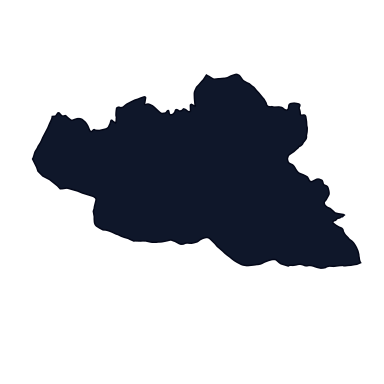 Gheleb, Anseba, Eritrea (Natural Earth projection), rotated 346°
{"feature_id": "51966322B69087636550034", "entity_name": "Gheleb", "entity_type": "district", "adm_level": 2, "iso_a3": "ERI", "parent_name": "Eritrea", "parent_adm1": "Anseba", "projection": "natural_earth1", "projection_center": [38.736, 15.796], "detail": "fine", "context": "isolated", "style": "filled", "palette": "ink", "viewbox_px": 384, "rotation_deg": 346, "n_neighbors": 0, "source": "geoboundaries", "source_scale": "gbopen_adm2", "svg_char_len": 6011}
<svg xmlns="http://www.w3.org/2000/svg" viewBox="0 0 384 384"><g transform="rotate(346 192 192)"><path d="M338.5,301.4L338.3,300.8L338.1,299.6L338.1,298.7L338.1,297.9L338.3,296.3L338.4,294.7L338.7,292.8L338.7,289.4L338.1,285.7L337.4,283.1L336.5,280.6L335.8,279.3L335.2,278.3L333.5,276.3L332.9,275.4L332.4,274.2L330.5,271.0L329.9,269.5L329.3,267.2L329.3,264.8L328.5,263.3L325.9,261.4L323.3,258.8L322.2,257.3L321.7,256.9L321.3,256.0L321.3,255.5L321.5,255.0L322.0,254.5L322.7,254.2L323.4,254.3L324.2,254.2L324.6,254.1L326.8,252.7L328.3,252.9L329.4,252.8L331.0,252.2L331.9,252.4L332.3,252.3L333.2,251.6L334.2,251.2L333.8,250.7L333.3,250.4L328.6,248.4L325.9,247.0L325.2,246.1L324.7,245.2L322.4,241.9L321.8,241.2L320.0,239.9L319.1,239.0L318.1,237.5L317.6,236.3L317.6,235.3L317.6,234.5L318.1,233.5L320.2,232.0L323.7,228.2L324.5,227.1L324.9,225.3L325.0,223.5L325.0,221.1L324.7,219.6L324.0,218.7L321.9,217.1L321.6,216.7L321.3,216.0L321.3,213.9L321.1,212.5L320.7,211.9L318.4,210.3L317.3,209.9L316.0,209.8L311.1,210.9L310.2,210.9L309.0,210.0L308.6,209.3L308.0,206.7L307.6,205.4L306.2,204.0L304.2,202.3L300.7,199.8L299.8,198.8L298.9,197.1L298.2,195.2L297.7,193.3L297.1,191.6L296.3,190.2L295.4,189.3L294.9,189.0L293.3,187.6L293.0,187.1L292.6,186.2L292.5,185.3L292.5,183.7L292.7,182.5L294.0,180.4L294.7,179.7L295.2,179.4L297.5,178.5L300.6,177.4L304.1,175.5L305.1,175.1L306.0,174.5L307.0,173.5L307.4,173.7L308.0,173.6L308.7,173.4L309.9,172.8L310.8,172.2L312.1,170.7L313.3,169.9L315.2,168.3L315.8,167.6L316.1,166.9L316.4,166.4L316.6,165.0L318.1,161.7L318.8,159.5L319.3,157.7L319.4,155.1L320.1,151.6L320.6,146.6L320.5,145.7L320.2,145.0L319.9,144.7L319.2,144.3L317.9,144.2L316.8,144.0L316.1,143.6L315.9,143.0L316.3,140.0L316.3,138.2L316.1,137.0L316.7,135.4L317.5,134.5L317.7,133.6L317.6,133.1L316.9,132.4L316.5,132.2L315.1,131.5L313.4,130.8L312.6,130.5L310.3,130.2L308.9,130.1L308.2,130.3L307.6,130.6L307.0,131.3L305.9,134.0L305.3,134.9L304.6,135.3L304.0,135.5L303.6,135.5L303.1,135.3L301.9,134.5L301.3,133.8L300.2,132.3L299.2,131.5L296.9,130.5L292.3,129.6L291.0,129.0L290.1,128.5L288.8,128.4L287.2,127.8L286.5,127.4L286.1,126.9L285.6,126.1L285.5,125.6L285.4,123.4L284.3,119.4L283.3,117.5L280.7,112.0L279.0,109.0L278.2,107.2L277.3,105.4L275.8,103.7L273.7,100.8L271.6,99.2L269.2,96.9L268.5,96.0L268.2,95.5L266.6,91.4L266.0,90.3L264.6,89.1L263.9,88.7L263.2,88.5L261.7,88.5L257.9,88.8L254.0,89.7L251.3,89.6L249.8,89.3L246.4,88.8L244.9,88.5L241.1,88.0L240.4,87.8L239.4,87.0L237.7,85.3L236.5,84.0L235.3,83.0L234.3,82.0L230.1,85.9L228.2,87.1L224.7,89.6L221.8,91.4L219.4,94.4L218.6,95.6L218.1,96.9L217.8,98.1L217.0,101.8L216.6,104.2L216.1,107.8L216.1,109.1L215.8,109.5L215.2,109.3L214.2,108.2L212.6,106.8L212.0,106.9L211.5,107.2L211.3,107.8L210.3,112.5L210.2,113.0L209.8,113.3L209.2,113.5L207.6,113.0L205.8,110.6L204.7,109.7L204.2,109.6L203.8,109.3L202.5,110.2L201.6,110.5L199.9,110.6L199.2,110.3L198.0,109.0L197.3,108.5L196.9,108.3L196.3,108.3L195.7,108.7L194.7,110.3L193.2,111.5L191.7,112.1L190.0,112.0L189.5,111.8L189.2,111.3L188.9,110.5L189.0,107.6L188.7,107.2L188.2,107.2L187.5,107.5L186.6,108.3L185.6,108.9L184.4,108.9L182.0,108.6L181.5,108.4L180.6,107.7L180.1,107.1L178.5,104.7L176.2,101.1L175.5,100.1L174.5,98.8L172.2,96.9L170.9,96.1L170.1,95.9L167.9,95.9L167.6,95.9L167.3,95.6L167.2,95.1L167.3,94.7L168.0,93.5L169.8,89.3L169.7,88.7L169.2,88.3L168.7,88.1L164.8,88.4L162.3,88.8L158.7,89.0L154.9,89.8L152.8,90.3L150.2,90.9L148.5,91.6L146.1,92.8L145.1,93.1L143.4,93.0L142.9,92.8L141.8,92.1L140.9,91.9L139.7,92.1L139.1,92.5L138.2,94.7L137.7,96.1L137.3,97.4L136.8,99.2L136.7,101.4L136.2,102.7L135.9,104.0L135.0,106.0L134.5,106.5L134.1,106.2L132.6,104.5L131.7,103.1L131.4,102.9L130.9,102.9L130.6,103.2L129.2,105.7L126.4,109.1L124.5,109.9L123.1,110.0L117.0,109.9L113.9,109.0L113.1,108.6L112.2,107.8L111.6,107.8L111.0,108.1L109.8,108.9L109.3,109.0L108.7,108.9L108.3,108.6L107.9,108.2L107.6,107.6L106.9,102.9L106.2,100.5L105.4,98.5L103.0,95.1L102.3,94.5L100.9,93.7L99.1,93.2L98.4,93.1L95.9,93.2L93.5,93.5L92.1,93.2L90.8,91.6L89.3,89.6L87.9,87.4L87.5,87.2L85.6,87.2L84.8,87.0L84.4,86.8L83.6,85.8L82.3,83.3L82.0,83.0L81.3,82.8L80.9,82.9L78.4,85.1L77.8,85.4L74.7,84.9L73.9,86.7L72.6,88.5L70.4,91.2L67.6,95.0L60.3,103.2L58.2,106.0L56.6,107.8L53.9,110.3L52.4,112.2L49.6,114.9L48.6,116.4L47.1,119.0L46.2,120.4L45.3,121.4L47.3,130.5L47.6,134.5L51.1,140.4L56.9,145.5L63.0,153.5L64.9,157.0L66.8,157.4L68.5,157.6L70.9,157.8L71.7,158.0L72.6,158.4L81.3,163.4L85.3,166.4L94.9,172.2L95.6,172.8L96.9,174.4L97.1,175.0L97.2,175.7L96.9,176.7L94.8,180.7L93.8,182.6L93.0,184.6L91.6,186.8L91.2,192.3L90.6,194.5L90.1,197.3L90.0,198.5L90.2,200.2L90.9,201.7L91.5,202.4L93.5,204.5L96.5,207.2L98.8,207.9L99.5,208.2L100.8,208.9L102.6,210.0L104.8,211.6L108.2,214.4L109.9,215.4L112.7,217.8L115.4,219.6L118.9,221.6L120.1,222.7L123.7,225.5L124.9,225.6L130.1,227.1L132.4,227.5L135.3,228.3L139.7,230.5L141.4,231.2L145.0,232.1L147.0,232.3L149.7,232.9L151.6,233.1L156.2,233.3L159.4,233.3L160.5,233.7L162.3,235.0L163.5,235.7L167.2,239.1L168.5,239.9L169.2,240.1L170.8,240.4L171.9,240.3L172.9,240.1L174.0,240.1L175.7,240.5L177.1,241.0L179.1,241.6L181.4,241.7L184.9,241.6L186.4,241.1L188.1,240.3L191.2,239.6L193.6,239.5L194.9,239.6L195.8,239.8L196.7,240.3L197.6,241.0L198.6,242.4L201.8,247.6L203.3,250.8L207.5,256.7L209.1,259.3L210.9,261.7L213.0,264.2L214.5,266.3L216.5,268.8L218.8,271.1L222.3,274.2L223.5,275.0L224.8,275.6L227.4,276.7L228.9,277.0L235.4,277.9L237.0,278.0L238.7,278.3L241.0,278.4L242.5,278.2L245.4,277.5L249.8,277.0L253.1,276.9L254.9,277.2L255.5,277.3L257.0,278.0L257.5,278.6L259.7,281.8L261.0,283.2L267.5,287.1L268.8,286.7L270.3,287.0L272.2,287.6L275.2,287.9L277.0,287.9L278.4,288.0L280.2,288.5L282.2,289.6L283.8,290.8L285.1,291.3L286.5,291.5L287.7,291.5L289.9,292.2L292.0,293.3L293.4,294.3L295.6,295.6L298.4,297.0L299.2,297.2L301.1,297.5L303.2,297.6L304.5,297.1L307.4,297.1L311.5,298.4L317.4,299.1L320.6,299.7L321.4,300.3L322.5,300.6L325.7,301.0L328.4,301.5L331.7,301.7L334.5,302.0L338.5,301.4Z" fill="#0f172a" stroke="#020617" stroke-width="1.5"/></g></svg>